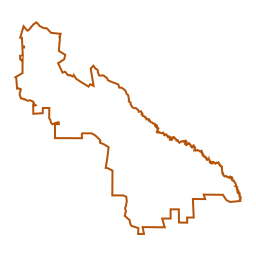 the district of Guadalupe, Chihuahua, Mexico
{"feature_id": "50627088B71409715310525", "entity_name": "Guadalupe", "entity_type": "district", "adm_level": 2, "iso_a3": "MEX", "parent_name": "Mexico", "parent_adm1": "Chihuahua", "projection": "albers", "projection_center": [-105.58, 30.875], "detail": "fine", "context": "isolated", "style": "outline", "palette": "amber", "viewbox_px": 256, "rotation_deg": 0, "n_neighbors": 0, "source": "geoboundaries", "source_scale": "gbopen_adm2", "svg_char_len": 5837}
<svg xmlns="http://www.w3.org/2000/svg" viewBox="0 0 256 256"><path d="M15.4,77.2L16.2,77.7L17.1,88.6L18.4,88.3L18.6,88.7L19.2,88.9L20.5,88.9L20.8,89.3L20.5,90.9L19.9,92.3L19.7,93.6L19.7,95.0L20.1,95.7L20.1,96.6L21.2,98.1L21.1,98.4L24.1,99.0L24.3,99.5L24.7,99.4L25.6,99.6L26.5,100.3L27.4,100.6L28.3,100.7L29.3,100.3L30.3,100.4L33.4,101.8L33.4,103.1L34.7,103.7L34.3,103.7L33.6,103.9L33.4,104.3L34.4,104.3L35.7,105.2L34.7,105.6L33.2,105.5L33.3,113.8L42.7,113.2L42.9,108.0L49.3,108.0L49.2,118.2L49.6,118.9L50.2,119.4L50.7,121.7L51.7,123.7L52.2,124.2L57.7,122.3L58.7,122.3L58.9,124.1L55.0,124.2L55.0,138.1L82.0,138.2L81.8,134.1L82.6,133.5L82.6,133.3L91.5,133.3L95.1,135.3L99.8,139.7L100.4,140.8L100.0,141.3L100.0,142.0L100.0,142.6L100.3,142.9L103.8,144.2L108.6,147.2L107.3,158.1L105.7,167.9L107.9,168.2L112.1,170.5L112.5,170.6L112.3,195.4L123.2,195.4L124.5,195.9L126.3,196.9L126.8,201.7L126.3,203.3L126.2,205.0L125.1,208.2L125.4,209.9L126.1,211.4L125.2,213.1L125.2,214.4L124.7,215.8L129.7,220.2L129.7,221.1L130.5,224.5L131.6,225.9L138.4,228.1L138.1,234.0L144.0,233.9L142.6,227.1L164.7,227.3L162.2,218.6L170.6,218.5L170.6,209.3L178.8,209.3L179.0,222.5L187.2,222.7L187.1,217.5L193.7,217.5L192.9,199.0L205.2,199.1L203.7,194.6L222.9,194.8L226.3,200.0L230.1,202.0L240.3,201.0L240.2,199.8L239.8,199.6L240.2,198.8L240.6,198.6L240.6,197.1L239.5,196.8L239.8,195.7L239.5,195.3L239.8,194.1L239.6,193.5L239.0,194.1L238.6,193.2L238.6,192.8L238.1,193.1L237.6,192.7L237.7,192.4L238.3,192.4L238.3,192.1L237.6,191.6L237.9,191.3L238.3,191.7L238.4,190.6L238.2,190.2L237.0,189.7L236.8,188.8L237.3,188.1L237.3,187.6L236.9,187.7L236.9,187.2L236.3,186.8L236.5,186.8L236.5,186.5L235.7,186.2L236.1,185.1L235.4,183.2L234.3,182.1L234.1,181.0L233.8,180.6L233.2,180.5L232.6,180.6L232.2,180.3L232.0,179.8L232.2,179.5L232.4,178.5L232.4,178.3L231.9,178.3L231.8,177.2L231.3,177.0L231.1,177.1L230.5,178.2L229.9,177.9L229.7,176.8L229.1,177.2L228.4,177.4L227.9,177.1L227.2,177.1L226.7,176.3L226.1,176.0L224.8,176.5L223.8,175.8L223.5,175.4L223.6,175.0L223.2,174.7L222.7,174.0L222.8,173.5L222.6,173.4L222.9,172.9L222.4,172.5L222.3,171.8L222.1,171.5L222.1,170.1L221.8,168.1L222.0,167.9L221.7,167.4L221.9,166.7L220.6,166.1L220.8,165.6L220.4,165.2L219.7,165.1L219.3,164.8L219.2,163.3L218.5,162.4L217.4,163.0L216.7,162.6L216.2,163.2L215.5,163.2L215.3,163.6L214.6,163.3L213.9,162.2L213.4,161.9L212.9,162.1L212.2,162.0L212.6,162.8L212.4,163.4L212.2,163.5L211.9,163.0L211.0,163.1L211.0,162.7L210.6,162.1L210.2,162.1L210.1,162.4L209.9,162.4L209.7,162.1L209.9,160.8L209.7,160.2L209.3,160.1L208.9,159.7L208.8,159.2L208.7,159.5L207.7,159.5L207.3,159.9L206.6,159.6L206.7,159.3L207.1,159.1L206.9,158.4L206.5,158.1L205.9,158.0L205.8,157.1L205.2,156.7L204.5,157.0L204.1,156.8L204.1,156.3L203.8,155.8L203.0,155.6L203.3,155.2L203.4,154.6L202.8,154.1L202.7,154.4L202.0,153.8L202.3,152.7L202.0,152.5L202.1,152.0L201.7,151.5L201.2,152.1L200.6,151.8L201.0,150.9L199.7,151.2L199.2,150.7L197.5,150.4L197.2,150.0L195.8,150.6L195.2,150.2L194.2,150.4L194.4,149.3L194.8,148.9L195.1,147.3L194.7,147.0L194.4,147.1L193.9,147.0L193.7,146.6L193.8,146.4L193.6,145.4L193.2,145.6L192.9,146.7L192.3,147.5L192.1,147.6L191.5,147.0L191.0,146.1L190.6,145.9L190.7,145.1L190.4,144.6L189.6,144.2L189.3,143.5L188.9,143.1L188.3,143.9L187.7,144.0L187.2,144.3L186.9,144.9L186.4,145.1L185.6,144.7L185.2,144.2L185.1,143.8L185.5,143.0L185.9,143.1L186.4,142.8L186.6,142.0L186.2,141.7L185.8,140.7L185.4,140.7L184.0,141.9L183.7,141.7L183.6,141.1L182.7,141.3L182.4,141.1L181.7,141.4L181.4,141.7L180.7,141.7L179.4,142.8L178.1,141.5L178.0,140.5L177.7,140.2L177.0,140.1L176.4,140.5L175.7,138.8L175.2,138.4L174.7,138.5L174.3,138.3L174.2,137.3L174.0,137.1L173.5,137.0L172.5,137.4L172.5,138.5L171.7,140.0L171.2,139.9L171.3,139.1L171.1,138.7L170.8,139.5L170.0,139.8L169.7,139.4L170.1,138.4L169.7,137.6L169.7,136.7L169.4,136.6L169.3,136.8L168.9,136.6L168.3,137.3L168.0,137.2L168.2,136.2L167.3,135.7L166.8,135.7L166.5,134.5L165.5,134.4L164.5,135.3L164.1,135.0L164.3,134.1L163.3,133.4L163.0,132.6L161.8,133.2L160.8,133.0L159.6,132.4L159.3,132.6L158.9,132.1L157.6,132.6L156.8,132.2L156.7,131.9L157.0,131.3L157.8,131.1L157.8,130.4L157.6,130.1L157.9,129.6L157.7,128.8L158.3,128.3L157.9,127.9L156.9,127.9L156.3,127.3L157.1,126.5L157.0,125.6L156.3,125.1L155.7,125.5L155.1,125.7L155.1,125.3L155.3,125.1L154.8,123.9L154.5,123.6L153.0,123.5L152.3,122.6L151.5,122.3L150.5,122.1L150.0,121.2L150.0,120.5L149.6,120.1L149.0,120.7L148.7,120.7L148.5,120.2L148.9,119.9L148.9,119.2L146.9,119.0L146.5,119.2L146.4,118.3L145.9,118.0L145.9,117.5L145.1,117.4L144.7,116.7L144.1,116.2L143.5,116.0L143.0,116.2L142.7,116.0L142.7,115.8L143.2,115.8L143.0,115.4L142.3,114.7L141.5,114.4L141.8,113.7L142.3,113.5L142.2,113.2L140.9,111.3L138.8,111.8L138.6,110.8L137.9,109.8L137.1,109.3L136.3,108.3L135.5,108.1L134.7,108.3L132.4,107.3L130.4,103.9L130.7,102.9L130.5,102.4L129.1,101.6L128.7,100.5L129.0,99.8L128.9,99.0L128.1,95.1L126.5,93.8L126.0,91.8L124.9,90.1L121.6,87.7L119.2,87.6L118.5,84.9L118.3,84.5L108.8,80.7L107.6,79.8L107.4,78.7L107.1,78.3L103.8,75.6L103.2,75.4L100.4,75.6L99.2,75.5L98.8,75.0L98.4,73.5L97.8,72.2L97.9,70.8L97.4,69.6L95.7,68.8L93.4,65.7L90.7,68.6L93.6,85.9L90.2,84.2L88.6,86.6L81.7,82.4L76.2,78.8L74.2,75.7L74.2,76.0L73.1,76.5L72.2,76.3L72.0,75.7L71.1,75.8L70.6,75.4L70.0,75.4L69.8,75.1L69.0,75.0L68.3,75.3L67.0,74.4L66.8,73.7L66.0,72.6L65.0,71.8L62.5,72.6L58.1,63.2L64.2,59.3L65.2,54.8L58.9,51.0L59.5,42.2L59.8,41.0L59.9,37.4L59.5,37.3L59.5,36.9L59.9,37.0L60.1,35.1L60.6,33.8L51.3,32.9L50.6,32.4L47.2,28.7L46.7,28.3L43.3,28.0L39.6,25.9L37.1,22.9L35.4,22.0L35.8,22.6L35.6,23.1L34.6,23.6L33.0,24.7L32.3,26.0L31.3,26.5L30.9,27.6L29.9,28.5L29.3,29.5L27.4,30.7L23.6,26.3L20.2,37.7L21.9,37.8L22.4,46.5L24.1,46.5L24.1,47.5L22.4,47.4L22.8,55.6L20.1,55.7L20.1,59.0L21.5,60.6L22.6,58.9L22.5,73.1L15.4,77.2Z" fill="none" stroke="#b45309" stroke-width="2"/></svg>